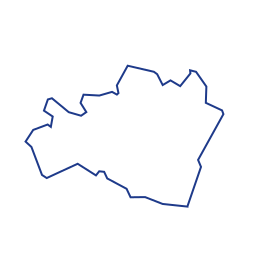 Uror, Jonglei, South Sudan (Albers equal-area conic projection), rotated 295°
{"feature_id": "79223893B11973303944142", "entity_name": "Uror", "entity_type": "district", "adm_level": 2, "iso_a3": "SSD", "parent_name": "South Sudan", "parent_adm1": "Jonglei", "projection": "albers", "projection_center": [32.126, 7.693], "detail": "fine", "context": "isolated", "style": "outline", "palette": "blue", "viewbox_px": 256, "rotation_deg": 295, "n_neighbors": 0, "source": "geoboundaries", "source_scale": "gbopen_adm2", "svg_char_len": 724}
<svg xmlns="http://www.w3.org/2000/svg" viewBox="0 0 256 256"><g transform="rotate(295 128 128)"><path d="M183.7,205.8L183.7,187.9L198.7,181.5L207.7,165.9L206.5,159.9L203.8,161.5L188.0,157.6L189.1,146.4L181.6,141.3L189.1,131.7L189.9,127.7L184.3,101.4L161.9,99.9L155.6,104.6L153.6,103.8L154.0,98.3L145.3,88.3L139.4,73.6L130.7,74.4L124.8,83.5L119.3,80.3L117.3,67.6L122.8,46.5L120.0,43.3L108.2,44.5L106.6,54.9L96.4,57.6L97.2,53.7L86.2,42.9L72.4,40.9L71.6,43.4L70.0,48.5L49.1,69.9L48.3,75.5L57.8,83.5L74.3,97.5L71.5,119.0L76.6,120.2L78.2,124.9L73.5,130.5L72.3,152.4L66.3,159.6L72.6,172.7L73.8,191.5L81.9,215.1L82.1,215.0L123.6,210.6L128.7,205.0L180.9,208.6L183.7,205.8Z" fill="none" stroke="#1e3a8a" stroke-width="2"/></g></svg>